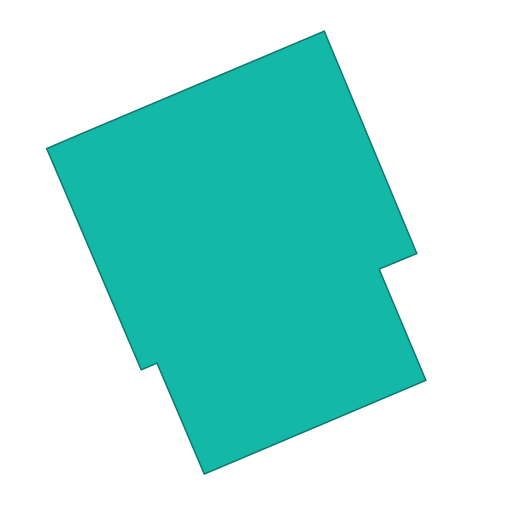 Sheridan, North Dakota, United States of America, rotated 157°
{"feature_id": "52423323B60934570924180", "entity_name": "Sheridan", "entity_type": "district", "adm_level": 2, "iso_a3": "USA", "parent_name": "United States of America", "parent_adm1": "North Dakota", "projection": "orthographic", "projection_center": [-100.282, 47.587], "detail": "fine", "context": "isolated", "style": "filled", "palette": "teal", "viewbox_px": 512, "rotation_deg": 157, "n_neighbors": 0, "source": "geoboundaries", "source_scale": "gbopen_adm2", "svg_char_len": 299}
<svg xmlns="http://www.w3.org/2000/svg" viewBox="0 0 512 512"><g transform="rotate(157 256 256)"><path d="M388.8,75.5L328.7,75.4L148.2,75.2L147.8,195.8L107.0,195.5L105.3,436.3L369.0,436.8L406.7,436.7L406.1,196.1L389.0,196.1L388.8,75.5Z" fill="#14b8a6" stroke="#0f766e" stroke-width="1.5"/></g></svg>